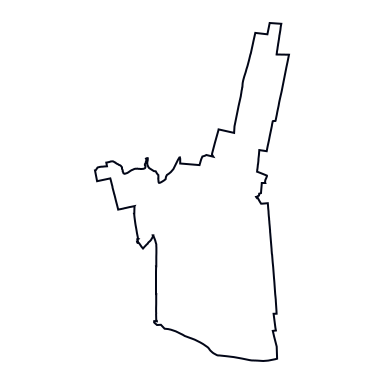 Gradistea, Calarasi, Romania (Natural Earth projection)
{"feature_id": "2599482B45351562291775", "entity_name": "Gradistea", "entity_type": "district", "adm_level": 2, "iso_a3": "ROU", "parent_name": "Romania", "parent_adm1": "Calarasi", "projection": "natural_earth1", "projection_center": [27.161, 44.243], "detail": "fine", "context": "isolated", "style": "outline", "palette": "ink", "viewbox_px": 384, "rotation_deg": 0, "n_neighbors": 0, "source": "geoboundaries", "source_scale": "gbopen_adm2", "svg_char_len": 5866}
<svg xmlns="http://www.w3.org/2000/svg" viewBox="0 0 384 384"><path d="M164.6,328.7L168.3,329.1L170.9,329.7L175.7,331.3L183.0,334.9L184.8,336.0L193.5,339.2L194.8,339.7L196.0,340.3L200.2,342.4L203.0,344.0L207.5,347.1L208.2,347.7L209.2,348.9L209.4,349.3L209.6,349.6L210.5,350.7L212.6,352.6L213.6,353.3L216.1,354.7L217.3,355.3L217.9,355.4L218.2,355.5L218.8,355.4L226.5,356.2L233.9,357.1L241.7,358.5L250.0,360.2L250.4,360.2L251.1,360.4L257.1,360.6L263.2,361.0L268.2,360.6L275.3,359.2L277.1,358.7L276.7,346.6L274.0,336.1L273.9,335.6L272.8,330.9L275.9,330.5L275.4,327.8L273.6,313.8L276.6,313.7L276.4,309.7L276.2,306.7L275.8,300.8L275.8,300.7L275.8,300.1L275.5,296.9L275.2,294.1L274.3,281.3L274.0,278.0L273.2,267.4L273.1,266.3L272.7,262.4L272.1,254.8L272.1,254.7L271.9,253.9L271.6,250.3L271.6,249.5L270.4,235.1L270.3,233.8L270.1,231.8L270.1,230.8L269.9,228.6L269.8,227.3L269.6,225.1L269.4,223.0L269.3,221.3L269.1,219.5L269.1,218.8L268.8,216.0L268.7,214.6L268.6,213.5L268.5,211.2L268.2,208.3L268.0,205.3L267.8,203.2L261.9,203.7L261.1,203.7L259.9,201.8L259.0,200.2L258.2,198.7L257.8,197.9L257.1,198.2L256.4,197.4L256.2,197.0L256.4,197.0L259.0,195.5L259.1,194.8L259.2,193.7L259.7,193.6L261.0,193.1L261.2,190.3L261.6,185.7L261.8,183.0L265.3,183.0L265.2,182.7L265.0,182.4L265.3,180.3L265.3,180.1L266.3,177.9L267.0,176.0L266.9,175.6L263.0,174.0L259.5,172.6L257.1,171.7L257.2,171.4L257.2,171.2L257.2,169.9L257.3,169.7L257.6,167.5L257.9,164.5L258.0,164.3L258.3,161.8L258.4,160.6L258.5,159.6L258.4,159.4L258.9,155.2L259.3,150.1L266.7,151.2L267.6,146.5L269.0,140.1L269.8,135.9L270.4,133.0L270.8,131.1L271.3,128.7L271.8,126.3L272.1,124.3L272.7,121.6L272.7,121.4L272.8,121.2L273.1,121.1L273.4,121.0L273.9,121.0L275.1,121.0L275.3,121.0L275.5,120.9L275.6,120.5L276.8,114.7L277.3,111.9L278.6,105.8L279.2,102.3L280.2,97.7L281.6,91.6L283.2,83.5L284.5,76.9L286.5,66.8L287.5,62.1L289.0,54.7L276.6,54.5L276.6,54.2L276.9,52.9L276.9,52.0L277.1,50.8L277.4,49.3L277.7,46.9L278.0,45.2L278.1,44.2L278.2,43.6L278.5,41.9L278.6,41.1L278.9,39.5L279.1,37.9L279.3,36.5L279.4,35.5L279.6,34.6L280.4,29.8L280.7,27.2L280.9,25.9L281.3,23.8L269.7,23.0L267.4,34.3L255.3,32.9L253.3,41.8L253.0,43.3L250.7,53.9L250.5,54.1L249.0,60.3L247.5,66.0L246.4,69.4L246.1,70.6L245.6,72.4L244.2,76.7L243.2,80.4L242.8,82.3L242.6,83.7L242.4,87.1L242.2,87.3L242.2,87.5L242.0,89.0L241.6,90.8L241.3,93.0L241.0,94.7L240.8,96.2L239.6,101.5L239.3,102.8L239.0,104.2L238.5,106.4L238.2,108.0L234.5,126.3L234.1,132.9L218.6,129.4L218.4,130.4L215.0,142.5L212.1,153.5L212.0,154.6L213.3,156.7L206.3,155.0L205.3,155.6L203.8,156.1L203.2,156.3L202.4,156.5L201.2,159.3L199.5,165.1L180.2,163.5L180.2,158.8L179.9,157.4L179.4,157.5L177.9,160.0L173.4,169.1L170.9,172.0L169.0,173.6L166.9,175.0L166.0,176.8L165.6,179.2L164.1,180.4L162.2,181.6L160.4,182.6L159.3,182.9L158.9,182.8L158.6,182.1L158.5,181.4L158.5,180.6L158.3,179.5L158.4,178.4L158.2,178.1L158.4,177.5L158.4,176.2L158.3,175.0L158.0,174.8L156.9,173.4L155.7,171.3L153.9,171.1L149.2,168.1L148.2,166.7L147.3,164.4L147.3,162.6L147.3,162.1L147.7,160.4L147.8,158.8L147.8,158.2L147.5,158.1L147.3,158.1L147.1,158.1L146.9,158.2L146.0,158.6L146.1,158.8L146.2,159.1L146.3,159.5L146.3,160.4L146.2,160.9L146.0,161.5L145.8,162.0L145.8,162.6L145.6,163.1L144.9,164.2L144.9,165.3L145.3,165.8L145.4,166.0L145.4,166.4L145.5,166.7L145.5,166.9L145.3,167.3L145.1,168.0L144.6,168.4L143.5,168.8L141.5,169.0L140.4,169.0L140.0,168.9L139.5,168.9L137.9,168.8L137.3,168.6L136.8,168.7L136.2,168.8L135.8,168.7L135.3,168.8L134.6,168.9L133.6,169.3L132.4,169.9L131.7,170.1L130.4,170.9L128.1,172.5L127.2,173.0L125.1,173.7L124.5,173.8L123.5,173.3L123.3,172.5L123.0,172.0L122.7,171.5L122.8,171.1L122.7,170.6L122.6,170.0L122.3,169.4L122.0,168.9L122.0,168.5L122.0,167.6L122.0,167.3L121.1,166.2L120.9,165.9L120.4,165.5L119.7,165.1L119.1,165.0L117.8,164.1L117.0,163.8L116.8,163.7L116.7,163.6L115.4,162.8L115.4,162.6L115.0,162.4L113.1,161.4L112.9,161.3L112.2,161.4L111.0,161.4L109.6,161.9L107.9,162.3L107.0,162.5L106.3,162.6L106.6,164.2L107.0,166.3L105.8,166.4L104.9,166.4L104.2,166.5L103.1,166.6L102.6,166.7L101.6,166.7L100.6,166.8L99.9,166.9L97.6,167.5L95.7,170.3L95.0,170.4L97.1,181.2L110.3,178.4L110.5,179.1L110.9,180.6L111.5,183.0L111.9,184.6L112.4,186.4L112.5,187.2L112.5,187.3L112.6,187.9L112.8,188.6L113.8,192.4L114.2,194.1L114.3,194.2L115.0,196.9L115.6,199.4L116.2,201.8L117.0,204.8L117.3,206.0L117.7,207.6L118.0,208.8L118.2,209.6L119.0,209.4L119.6,209.3L120.8,209.1L121.7,208.9L123.6,208.5L124.2,208.3L124.6,208.2L125.2,208.1L130.0,207.0L130.7,206.9L134.6,206.1L134.5,206.3L134.5,206.5L134.4,209.3L134.3,213.9L134.1,213.9L134.2,214.2L134.5,217.2L134.9,220.3L135.3,223.3L135.6,225.2L136.1,227.9L136.6,230.8L137.0,233.3L137.7,236.7L137.9,238.1L138.2,238.6L138.5,238.8L138.0,239.1L137.3,239.3L137.7,240.2L137.6,240.3L137.9,241.3L137.0,241.5L137.2,242.3L137.8,242.2L138.0,243.0L138.7,243.0L138.8,243.0L139.1,243.2L140.0,244.5L140.7,245.5L141.4,246.6L142.4,247.8L143.0,248.5L143.5,247.9L143.9,247.6L144.3,247.0L145.0,246.3L146.6,244.6L147.0,244.2L147.6,243.8L147.8,243.5L147.9,243.3L148.1,242.9L148.3,242.6L148.7,242.2L149.5,241.5L150.1,241.0L150.4,240.6L150.9,240.1L151.2,239.7L151.8,238.5L152.3,237.8L152.6,237.2L152.8,236.9L153.0,236.7L152.7,235.3L153.4,235.3L153.4,235.6L153.5,236.0L154.1,237.6L154.3,238.1L154.5,238.5L154.6,238.8L154.9,239.7L155.2,240.4L156.0,243.4L156.2,243.9L156.3,244.5L156.3,245.1L156.3,245.6L156.3,246.0L156.4,247.6L156.4,253.1L156.3,256.8L156.3,266.3L156.0,266.3L156.1,267.2L156.0,271.9L156.0,275.9L156.0,281.2L156.0,286.7L156.0,290.7L156.0,294.1L156.3,294.1L156.2,295.8L156.2,299.6L156.2,301.6L156.2,304.0L156.1,307.9L156.1,309.0L156.1,312.0L156.2,313.3L156.2,313.5L156.1,314.0L156.2,318.4L156.2,319.6L156.2,319.8L156.9,321.0L156.9,321.3L155.7,321.1L154.2,321.1L154.1,321.9L154.1,322.3L154.2,322.5L154.7,323.0L157.0,325.0L160.9,324.8L164.6,328.7Z" fill="none" stroke="#020617" stroke-width="2"/></svg>